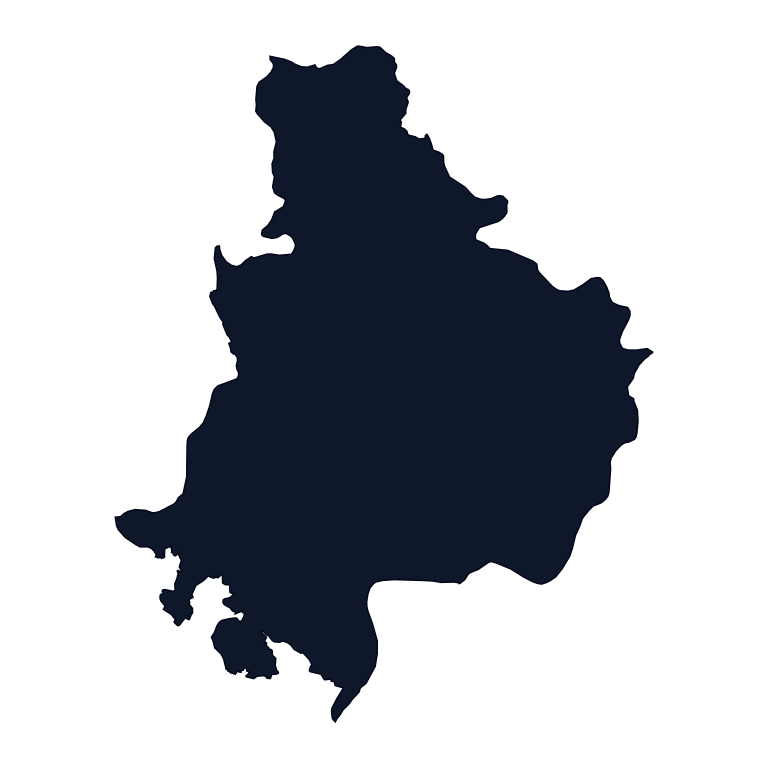 Narsingdi, Dhaka, Bangladesh
{"feature_id": "16705992B95243043657125", "entity_name": "Narsingdi", "entity_type": "district", "adm_level": 2, "iso_a3": "BGD", "parent_name": "Bangladesh", "parent_adm1": "Dhaka", "projection": "mercator", "projection_center": [90.739, 24.007], "detail": "fine", "context": "isolated", "style": "filled", "palette": "ink", "viewbox_px": 768, "rotation_deg": 0, "n_neighbors": 0, "source": "geoboundaries", "source_scale": "gbopen_adm2", "svg_char_len": 6091}
<svg xmlns="http://www.w3.org/2000/svg" viewBox="0 0 768 768"><path d="M652.7,352.1L647.2,348.6L636.8,350.1L628.4,350.1L622.7,348.5L622.1,347.8L619.7,343.1L619.4,339.6L622.5,331.2L628.6,319.6L630.1,315.2L629.9,311.3L627.7,307.5L619.0,305.6L613.6,303.2L611.8,301.7L609.3,296.9L609.0,293.1L606.5,286.7L603.2,280.9L600.2,277.9L596.7,277.6L591.1,278.7L582.9,284.8L573.7,290.2L567.8,291.3L560.0,290.8L557.0,289.7L552.3,286.4L539.6,273.0L537.5,269.8L536.8,264.1L532.9,261.1L507.8,250.4L490.0,248.6L486.6,245.1L483.7,243.1L476.0,240.0L475.2,237.0L475.7,233.5L479.4,227.6L498.6,221.3L502.3,218.6L504.6,216.0L506.9,212.5L506.7,205.2L507.6,202.3L507.5,200.8L502.9,196.3L499.8,195.6L496.5,196.2L491.3,198.6L485.1,199.5L480.4,199.2L474.7,197.2L470.2,193.0L465.3,187.4L449.6,177.1L444.4,166.0L443.6,161.3L443.5,156.0L442.6,154.5L438.8,152.1L433.0,150.1L431.3,143.6L429.2,138.2L427.0,134.3L425.4,135.5L425.1,138.0L424.4,138.5L419.1,139.0L415.0,136.7L408.9,135.3L407.9,134.6L406.7,131.0L403.9,128.6L400.4,127.3L401.3,122.6L400.3,119.7L405.7,113.4L405.8,109.4L408.2,102.1L406.6,97.6L409.2,93.8L409.6,91.6L408.8,89.8L405.8,88.5L403.7,86.0L396.8,80.8L394.3,73.3L396.5,67.4L396.5,65.2L394.3,61.6L394.5,58.6L391.9,56.3L385.4,52.4L380.2,47.4L377.4,46.7L367.1,47.6L358.9,46.1L357.0,46.3L351.2,50.0L340.9,59.2L333.3,64.5L327.4,65.4L319.7,68.8L316.5,67.8L315.0,64.9L307.4,67.2L301.6,66.8L295.0,64.3L290.9,61.7L284.3,59.3L270.0,56.3L270.2,59.7L273.1,63.3L273.6,65.7L273.1,68.3L271.1,71.9L267.2,76.5L259.2,82.2L257.0,86.4L255.9,99.3L256.4,104.9L255.8,111.0L257.1,113.5L264.5,121.9L271.0,126.8L274.3,132.2L276.4,141.8L273.9,151.9L274.1,158.1L272.1,163.7L272.6,172.4L274.4,176.7L272.6,186.8L274.6,193.0L277.7,195.2L284.2,198.5L285.6,200.8L283.3,206.7L274.7,211.9L271.7,219.8L267.6,225.7L262.2,230.1L261.6,234.6L263.1,236.3L272.0,238.4L277.1,237.5L282.9,233.9L285.9,233.3L290.5,235.9L292.5,238.1L295.3,243.8L295.3,247.0L293.4,251.4L291.2,254.3L279.4,255.3L270.8,254.0L267.0,254.1L253.9,258.0L251.3,256.6L245.8,260.4L241.1,264.9L236.8,266.7L231.2,265.2L226.2,261.7L221.7,255.5L219.7,249.4L219.4,246.0L217.2,246.1L215.4,247.7L214.3,258.5L217.0,270.9L217.5,277.8L217.1,289.0L216.1,290.5L213.8,290.7L212.2,292.2L210.8,292.5L209.9,296.5L212.7,303.9L214.4,306.0L219.7,316.9L223.4,322.7L222.8,323.9L223.1,325.0L226.9,334.4L229.5,337.6L231.2,340.9L231.5,342.1L228.8,343.4L230.4,347.8L231.1,351.9L232.8,353.6L235.1,354.3L237.3,357.6L237.5,360.7L236.3,365.7L237.2,369.9L238.5,372.0L238.5,375.8L237.0,378.8L217.8,385.9L214.4,389.3L212.5,393.8L209.8,405.5L206.3,416.0L203.3,422.8L199.3,427.5L190.7,434.6L188.1,438.0L187.5,440.0L187.1,445.1L186.7,477.0L183.1,493.8L178.4,497.7L176.2,501.9L174.2,503.9L159.4,511.6L154.9,512.8L152.1,512.7L145.6,510.4L135.0,509.6L127.9,511.5L123.9,513.7L120.5,516.7L115.3,517.2L116.6,525.8L118.4,529.8L125.3,537.5L135.5,544.4L140.2,546.9L147.6,546.8L151.4,548.4L154.1,551.1L155.9,554.1L156.2,555.4L155.4,556.8L158.4,557.9L160.3,557.2L161.5,558.4L164.5,557.4L164.6,550.1L165.1,548.7L169.2,546.7L171.1,547.4L171.8,550.2L171.5,552.5L172.6,552.9L174.2,555.6L175.5,555.8L178.8,553.0L178.4,554.2L181.3,560.5L179.3,567.0L181.7,571.4L180.3,571.9L178.1,570.4L177.3,571.0L178.1,573.7L176.7,579.4L174.8,583.7L175.1,590.2L174.4,591.1L173.1,591.3L165.4,589.6L162.7,589.9L162.2,591.2L163.0,591.8L163.0,593.1L160.3,595.0L160.0,596.7L160.2,599.3L161.1,601.3L165.1,606.1L163.4,609.4L171.2,614.4L175.0,619.0L175.1,620.1L174.1,621.8L174.4,622.6L177.7,625.7L179.5,625.1L184.4,618.8L185.6,617.9L188.5,619.6L189.4,619.5L190.9,615.3L192.5,613.0L192.5,608.3L189.2,604.3L189.7,602.1L188.7,599.6L193.0,597.4L191.9,594.4L195.8,585.6L203.3,580.7L208.1,576.1L213.6,578.2L215.6,577.3L218.1,577.7L221.2,574.8L222.3,574.6L222.7,583.2L225.6,584.7L230.0,584.9L229.6,589.2L230.1,592.5L233.9,594.2L229.8,597.7L224.5,598.9L223.3,599.8L222.9,602.3L224.1,604.5L230.4,608.1L231.8,610.2L233.4,611.5L236.2,612.0L235.2,613.8L242.2,611.0L242.7,611.2L242.4,612.5L244.5,613.2L243.8,616.8L241.7,620.6L239.7,621.9L236.8,618.2L235.5,617.9L228.6,618.8L222.5,620.2L220.6,621.2L219.0,622.6L216.9,626.0L214.2,633.1L211.4,637.1L213.3,641.7L214.7,647.8L221.0,653.9L223.6,658.8L226.2,669.3L227.6,669.7L228.1,671.3L229.4,671.5L230.2,672.6L235.3,674.2L237.5,670.8L238.4,671.8L241.0,672.3L241.1,670.4L243.2,670.3L244.2,668.4L245.7,667.4L246.3,668.2L246.8,671.1L248.6,671.4L248.9,672.1L248.5,673.7L246.0,675.9L246.2,676.8L253.7,678.6L257.2,676.2L263.2,675.7L265.3,676.2L267.2,678.3L270.4,678.5L271.7,674.5L276.4,674.1L278.3,673.3L278.4,672.2L276.8,670.4L275.2,665.6L275.8,658.5L272.4,655.1L272.3,650.8L270.9,649.4L269.6,649.7L268.5,647.4L266.4,645.9L266.5,642.6L265.9,642.4L265.2,643.6L264.3,643.4L264.2,642.2L266.5,637.2L262.4,633.5L261.8,632.1L262.7,630.8L265.8,634.3L268.7,635.9L272.2,640.5L274.7,641.9L279.4,642.2L282.9,641.1L287.5,642.6L290.9,645.2L294.4,649.6L301.1,653.3L302.5,652.4L308.9,659.0L311.8,664.5L310.3,667.2L309.3,670.5L310.0,671.6L321.0,674.2L323.7,678.8L324.8,679.8L331.4,679.0L331.0,681.0L334.5,682.0L335.1,685.5L343.5,687.9L337.0,698.4L332.0,708.1L331.5,710.8L332.2,717.7L333.0,719.5L335.3,721.9L336.9,718.7L340.0,714.9L343.0,709.9L348.7,704.3L352.4,699.2L359.4,691.6L359.8,689.0L360.9,687.4L366.0,683.4L375.2,666.3L377.2,653.9L377.3,641.1L372.6,624.2L367.8,610.8L366.8,606.3L366.7,601.6L367.8,594.3L370.1,587.7L373.0,584.2L375.7,582.0L382.7,580.4L394.0,579.6L424.3,580.5L433.1,581.0L441.1,582.4L454.0,582.0L458.7,582.8L458.9,583.6L460.2,583.2L464.7,579.7L468.1,574.3L470.0,572.7L478.3,569.4L488.2,562.5L491.2,561.5L496.1,562.9L510.7,568.9L523.8,577.1L532.6,581.6L537.5,583.4L541.5,584.1L546.4,582.5L550.3,580.6L555.8,576.7L562.2,568.7L569.7,556.2L572.5,547.8L575.4,535.6L579.4,526.7L582.2,518.9L583.5,516.8L589.3,509.8L593.4,505.9L601.0,502.9L605.3,499.4L607.8,496.2L608.9,492.5L610.6,468.9L610.1,462.2L611.1,458.1L615.5,451.1L621.0,445.1L625.1,442.6L628.3,442.2L634.5,439.3L636.0,436.8L636.9,432.9L638.0,421.1L637.4,410.3L633.6,400.5L633.7,398.8L629.4,396.3L628.5,394.9L627.3,386.9L633.3,378.2L634.4,373.3L639.0,365.0L644.4,359.1L648.2,356.3L649.9,354.2L651.7,353.5L652.7,352.1Z" fill="#0f172a" stroke="#020617" stroke-width="1.5"/></svg>